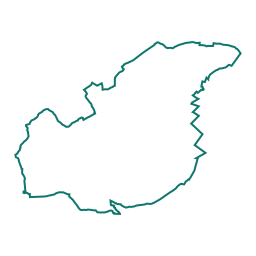 Budacu De Jos, Bistrita-Nasaud, Romania
{"feature_id": "2599482B65298316448597", "entity_name": "Budacu De Jos", "entity_type": "district", "adm_level": 2, "iso_a3": "ROU", "parent_name": "Romania", "parent_adm1": "Bistrita-Nasaud", "projection": "robinson", "projection_center": [24.519, 47.087], "detail": "fine", "context": "isolated", "style": "outline", "palette": "teal", "viewbox_px": 256, "rotation_deg": 0, "n_neighbors": 0, "source": "geoboundaries", "source_scale": "gbopen_adm2", "svg_char_len": 5647}
<svg xmlns="http://www.w3.org/2000/svg" viewBox="0 0 256 256"><path d="M194.4,170.6L195.4,166.6L197.7,158.5L196.2,158.2L205.5,152.9L194.7,145.1L202.5,134.2L191.2,123.6L198.8,115.8L193.2,112.2L192.9,112.1L198.7,106.3L191.4,103.8L191.9,102.7L198.4,98.9L196.6,98.0L194.4,96.6L192.8,95.3L194.1,94.5L195.4,93.0L195.3,92.9L196.5,91.6L197.8,92.8L199.8,91.1L200.0,91.0L201.3,89.7L202.3,90.1L203.4,89.8L203.5,89.7L203.6,89.1L202.9,88.9L203.0,88.3L202.9,88.0L202.6,87.5L202.6,87.1L202.5,86.8L201.4,86.6L201.5,85.5L201.6,85.3L202.4,81.4L204.9,82.0L206.5,77.6L208.2,79.3L208.2,79.0L208.8,77.0L209.4,75.6L209.7,75.1L210.1,74.7L210.5,74.2L210.8,74.0L214.2,71.5L216.6,70.0L217.2,70.0L218.1,69.5L218.8,68.9L219.5,68.6L220.5,68.5L221.5,68.4L222.7,68.3L223.6,67.9L225.4,67.5L226.4,66.9L228.9,64.8L231.6,65.8L239.7,54.6L240.6,53.5L240.1,52.6L239.4,51.7L238.5,50.4L237.2,49.0L236.2,48.6L235.4,47.7L235.0,47.3L234.3,46.9L233.7,46.7L233.0,46.7L232.6,46.6L231.6,46.2L231.2,46.2L229.2,45.4L226.8,45.0L223.0,44.7L221.5,44.2L220.4,43.7L216.5,43.7L214.8,43.3L213.6,43.2L213.6,44.2L213.3,44.8L213.3,45.3L213.1,45.9L211.0,46.0L208.0,45.9L207.4,46.0L207.2,46.2L206.1,46.2L205.3,45.7L204.3,45.3L203.0,45.3L201.3,45.1L199.5,45.1L199.7,42.7L199.3,42.7L198.5,42.9L197.1,43.0L195.6,42.9L193.9,42.3L193.1,42.1L192.2,42.1L185.6,43.0L184.5,43.3L180.6,44.5L179.5,44.7L175.6,46.5L174.7,46.9L174.0,47.5L173.3,47.9L172.7,48.2L172.0,48.2L171.2,47.9L170.5,47.8L168.7,48.0L167.8,47.9L167.4,48.1L165.8,47.3L163.9,45.3L162.3,44.2L161.9,44.0L160.5,43.8L160.2,43.5L159.8,43.4L158.8,42.6L158.3,42.4L157.9,42.3L156.9,42.6L155.9,43.4L155.5,43.4L154.6,44.2L154.6,44.8L143.3,52.5L137.3,57.1L133.2,60.3L131.9,60.9L131.2,61.2L129.9,61.9L129.3,62.0L127.9,62.9L126.3,63.3L125.0,63.9L124.9,64.1L124.1,64.5L124.1,64.8L123.5,65.3L123.3,65.5L122.2,66.3L121.9,66.6L122.1,67.0L122.4,66.9L122.3,67.2L122.3,67.5L122.7,68.2L123.1,68.6L123.8,69.2L123.1,70.2L122.7,70.9L120.0,72.1L118.9,72.9L116.4,75.8L115.2,77.4L115.0,77.9L115.2,78.1L114.7,79.8L114.9,80.5L114.8,82.4L114.9,83.3L114.8,84.4L114.8,85.8L114.0,85.9L112.3,87.2L110.8,87.6L108.7,89.0L108.1,89.3L107.3,89.4L105.6,89.2L104.9,89.3L102.6,89.7L102.4,86.1L101.7,83.3L97.1,85.7L92.2,82.7L91.1,84.9L88.4,86.9L87.2,87.5L85.6,88.8L84.0,89.8L85.8,91.8L86.1,92.2L86.8,93.4L86.9,93.9L86.7,94.4L85.9,95.2L85.9,95.5L85.6,96.0L85.7,96.6L86.0,97.4L86.5,98.2L87.3,99.1L88.3,100.4L89.6,102.2L90.9,103.5L91.3,104.1L91.6,104.9L91.7,106.2L91.9,106.6L92.6,107.4L93.0,107.9L94.2,110.4L94.8,112.5L94.5,112.6L95.0,113.6L93.9,114.0L92.4,115.1L91.5,115.5L89.8,116.5L88.0,117.3L83.5,119.9L82.9,118.1L82.6,118.2L82.4,117.7L81.7,117.5L81.4,117.6L78.9,118.9L78.5,119.2L78.3,119.5L78.2,119.8L77.8,120.2L77.8,120.4L77.8,120.5L76.4,120.9L75.4,121.6L73.1,122.7L72.2,123.0L71.5,123.8L71.1,124.4L69.3,126.1L68.5,126.7L67.2,126.8L66.3,126.8L65.7,126.5L65.3,126.3L64.9,125.8L63.8,125.3L63.3,125.0L62.6,124.9L61.9,124.0L60.1,122.4L58.2,121.2L57.6,120.3L57.2,119.3L57.1,118.9L56.2,117.2L55.2,115.2L55.0,114.9L54.5,114.5L53.8,113.9L53.4,113.4L53.2,112.6L52.7,112.1L49.0,110.1L48.2,109.3L48.0,109.0L46.7,109.1L46.2,109.2L44.2,109.9L42.8,111.0L42.2,111.7L41.6,112.1L41.3,112.4L40.9,112.5L38.9,113.7L38.3,114.5L37.8,116.0L37.3,116.8L36.7,117.5L35.9,118.1L35.1,118.5L34.8,119.0L31.5,120.5L30.3,122.1L29.7,123.7L29.3,124.0L28.3,124.4L27.8,124.4L27.3,124.6L26.1,125.0L26.0,125.7L26.1,126.3L27.4,127.6L27.7,128.2L27.1,129.9L27.6,130.8L27.7,131.4L28.0,131.8L28.1,132.1L28.0,132.4L28.1,132.8L28.1,133.0L28.1,133.4L28.6,136.2L28.1,137.3L27.8,137.7L27.3,138.7L26.1,140.1L24.1,141.6L22.7,143.3L21.3,144.5L20.7,145.5L20.3,146.9L20.5,147.2L20.5,147.7L19.9,148.7L19.9,149.2L19.8,150.0L19.4,150.6L19.0,150.8L18.3,151.8L17.7,152.6L17.5,153.4L16.9,153.8L16.3,154.3L15.4,154.8L15.6,155.4L15.6,156.3L15.8,156.9L16.0,157.3L16.3,157.4L17.9,158.1L18.1,158.4L18.6,159.3L18.8,160.0L18.7,160.3L19.3,162.3L20.2,164.8L21.1,167.2L21.6,169.0L22.3,169.1L22.2,170.0L22.2,172.1L22.1,172.6L22.1,173.0L22.6,174.2L22.9,174.3L24.4,177.0L24.8,178.2L24.9,178.6L24.8,179.2L24.5,180.2L24.4,181.6L24.5,181.8L24.9,186.2L25.3,190.4L25.4,191.4L25.2,191.9L24.7,191.7L24.3,191.4L24.1,191.4L23.6,191.5L23.6,192.3L23.5,192.5L23.6,192.9L24.2,193.1L25.0,193.0L25.2,192.9L25.6,192.9L26.2,192.8L26.4,192.6L26.9,192.8L27.4,193.0L28.2,193.7L28.9,194.1L29.8,194.0L29.9,197.1L42.1,196.6L45.6,196.4L46.9,196.2L48.3,195.7L49.8,195.4L51.1,195.2L51.6,194.9L52.9,194.9L53.9,194.6L55.9,193.4L57.9,192.6L60.1,192.2L61.1,192.4L63.2,192.3L67.4,194.2L69.3,194.3L69.2,196.5L73.0,200.0L74.6,202.4L76.3,204.4L79.3,208.8L80.6,209.9L82.1,210.1L83.8,209.8L85.9,210.0L87.2,209.7L88.7,209.6L92.5,210.1L93.2,210.3L94.9,210.4L95.6,210.3L96.8,211.4L97.4,212.3L101.4,212.5L102.5,212.4L103.6,212.4L105.3,212.3L108.1,211.4L109.1,210.9L110.8,210.5L111.3,210.5L111.7,210.7L112.5,211.0L112.7,211.3L112.8,212.1L113.0,212.7L113.3,213.0L114.1,213.0L114.1,213.7L119.9,213.9L119.8,213.4L119.1,212.6L119.0,212.3L115.5,209.3L115.3,208.0L114.7,207.5L114.4,207.6L114.0,207.2L113.9,206.6L114.1,205.8L113.2,205.6L113.2,205.4L111.5,205.3L111.0,205.1L110.9,204.9L110.5,200.6L113.2,201.9L115.4,203.2L115.8,203.4L116.2,203.3L116.5,203.6L117.3,204.0L120.4,204.3L121.0,204.4L121.2,204.9L121.4,205.3L123.6,206.6L124.8,207.1L125.8,207.6L127.2,207.3L128.1,207.2L129.1,206.7L131.1,206.9L134.4,206.4L136.6,205.5L144.6,204.5L146.6,203.7L150.5,203.9L151.5,203.8L154.1,202.7L160.1,199.3L170.4,192.1L171.4,191.6L172.9,190.6L174.8,189.2L176.2,188.2L176.5,187.5L176.9,187.0L177.6,186.3L178.5,185.5L179.4,184.8L180.1,184.3L181.3,183.8L182.9,184.2L184.1,184.4L185.0,183.0L185.5,181.9L186.5,181.0L187.5,180.3L188.6,179.3L189.1,179.6L190.4,177.6L194.4,170.6Z" fill="none" stroke="#0f766e" stroke-width="2"/></svg>